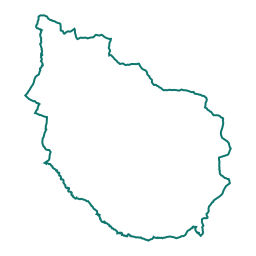 Bone Bolango, Gorontalo, Indonesia (Robinson projection)
{"feature_id": "22746128B41707288718561", "entity_name": "Bone Bolango", "entity_type": "district", "adm_level": 2, "iso_a3": "IDN", "parent_name": "Indonesia", "parent_adm1": "Gorontalo", "projection": "robinson", "projection_center": [123.251, 0.556], "detail": "fine", "context": "isolated", "style": "outline", "palette": "teal", "viewbox_px": 256, "rotation_deg": 0, "n_neighbors": 0, "source": "geoboundaries", "source_scale": "gbopen_adm2", "svg_char_len": 5699}
<svg xmlns="http://www.w3.org/2000/svg" viewBox="0 0 256 256"><path d="M223.2,118.6L222.7,117.9L221.3,117.6L219.8,116.1L218.1,115.3L213.5,115.2L211.2,112.0L209.9,111.4L209.2,110.6L207.6,109.8L206.9,108.5L205.0,107.5L205.5,105.1L205.6,102.8L206.5,101.2L206.8,99.6L206.3,97.8L205.3,97.2L204.4,96.2L203.4,95.9L202.2,95.8L200.7,94.8L199.2,94.7L198.0,94.2L194.9,93.7L194.5,93.4L193.6,91.9L191.9,92.2L186.5,90.4L182.9,90.1L181.6,89.5L179.3,90.6L174.4,89.9L171.1,90.1L169.7,89.7L167.1,90.3L165.7,90.0L163.8,90.3L162.0,89.1L160.8,87.8L159.4,87.4L158.6,86.5L157.0,85.8L156.0,84.9L155.5,84.8L153.9,85.0L151.9,82.4L152.0,80.4L151.8,79.7L149.7,77.8L149.4,76.3L148.5,75.7L147.3,74.3L147.0,72.3L145.7,70.5L142.7,69.2L141.6,68.2L139.7,65.3L139.1,63.8L138.6,63.6L137.0,64.1L131.2,64.0L129.3,64.9L127.6,64.6L126.0,65.1L124.9,64.8L123.1,63.5L121.5,63.6L120.2,64.0L119.7,63.9L118.8,62.9L117.5,62.1L116.9,61.1L114.5,59.0L113.2,57.3L111.1,55.2L110.3,55.0L109.2,55.4L109.1,53.2L110.0,51.0L110.0,50.3L108.8,48.1L108.8,47.5L109.3,45.8L109.4,43.1L110.6,40.5L110.9,38.9L109.6,39.0L106.3,38.0L103.7,36.4L102.1,34.9L101.3,34.8L99.3,35.6L96.0,34.8L95.2,35.3L93.4,37.3L90.6,37.5L87.6,38.4L85.6,37.6L82.5,37.9L80.6,37.6L77.6,39.1L77.1,38.7L75.9,36.7L75.7,34.8L75.1,33.6L74.8,29.5L74.4,28.8L71.3,31.1L70.0,31.7L68.2,31.3L66.3,32.1L64.8,33.5L64.2,33.7L63.8,33.4L62.8,31.2L62.2,30.8L60.7,30.5L60.7,26.7L60.4,24.1L59.8,23.4L57.6,22.9L55.5,21.9L54.8,21.3L52.2,20.8L51.6,20.1L50.2,19.9L48.3,18.7L47.0,16.5L45.8,16.2L44.5,15.4L40.3,15.4L38.6,16.6L38.5,19.8L37.7,21.5L37.4,23.8L36.5,25.0L36.0,26.7L37.0,28.2L38.3,28.5L39.6,29.2L40.5,29.3L41.8,30.1L40.9,30.9L41.2,31.6L40.9,32.2L40.8,33.1L40.1,34.4L40.6,37.3L41.2,38.0L41.0,40.5L41.3,41.7L41.2,42.6L40.1,44.1L40.5,44.7L41.3,47.6L41.8,48.3L41.5,49.6L42.1,50.5L41.9,52.4L41.2,53.3L41.5,53.9L42.2,54.3L42.2,55.0L41.0,55.1L41.0,55.4L41.3,56.0L40.9,57.3L41.4,57.7L41.9,59.7L41.1,60.6L40.9,61.1L41.7,62.0L42.4,63.3L42.8,65.3L41.9,65.5L41.9,66.2L41.6,66.5L41.3,67.6L39.9,68.5L40.3,70.5L39.8,71.1L38.9,74.3L38.3,74.9L36.5,75.9L35.4,77.2L34.5,79.3L33.7,82.7L32.9,84.5L30.8,87.6L29.5,90.0L28.3,91.5L27.7,92.8L25.3,95.5L29.0,99.0L33.6,101.3L34.9,101.1L36.7,103.1L38.1,103.1L40.2,104.5L39.1,104.3L38.5,105.0L38.3,106.3L37.6,107.9L37.6,109.2L36.4,110.4L35.1,113.1L36.5,113.4L39.7,115.0L40.6,115.0L44.4,116.6L47.0,117.1L46.6,123.4L45.9,125.6L45.6,128.6L45.8,128.6L45.8,129.1L46.3,129.4L46.2,129.7L44.6,132.9L43.7,136.7L42.6,138.9L42.3,142.9L43.4,146.2L44.0,146.9L44.4,146.9L45.6,149.2L46.7,149.8L49.2,150.0L50.6,152.0L50.0,153.8L49.5,156.4L49.5,158.3L49.0,159.8L48.4,160.5L45.3,162.4L45.4,163.0L45.1,163.1L45.6,163.3L45.7,163.0L46.0,163.0L46.0,163.4L45.8,163.3L46.0,163.5L46.1,163.2L47.0,163.1L48.5,163.7L48.9,164.1L50.0,164.0L50.5,164.3L51.1,165.5L52.3,166.2L52.8,167.5L52.7,167.6L53.2,168.2L55.7,169.6L56.1,170.6L57.0,170.4L57.4,171.3L57.3,172.0L58.2,172.9L59.2,172.9L59.1,175.2L59.5,175.7L60.4,175.9L61.0,177.2L61.1,177.9L60.7,178.8L61.2,179.5L62.7,179.4L63.3,179.9L63.6,180.9L63.4,182.8L64.1,183.4L64.7,184.7L65.4,185.3L65.3,186.2L65.7,187.3L66.8,188.1L67.5,187.7L67.8,188.1L68.8,188.0L69.0,188.1L69.1,188.8L68.3,190.1L68.3,191.3L68.6,191.6L69.7,191.6L71.4,192.2L71.8,193.0L71.4,193.3L71.4,194.7L71.9,195.4L72.8,195.5L73.0,196.7L74.1,197.4L75.3,198.6L76.2,198.4L76.5,198.0L76.6,198.4L78.4,198.6L79.2,199.1L80.6,199.1L81.3,198.8L85.3,200.1L86.8,201.2L88.2,201.2L91.3,205.4L91.5,206.1L92.2,206.2L92.6,206.7L93.5,208.5L94.1,209.1L94.7,209.2L95.1,209.8L97.0,211.0L97.2,212.8L97.1,213.6L96.7,214.1L97.6,214.3L97.9,214.8L98.5,214.3L99.2,214.7L98.9,214.9L99.2,215.0L99.5,215.7L99.2,216.1L99.4,216.7L100.3,218.4L100.5,219.2L100.3,219.3L101.1,220.3L101.6,221.6L103.5,222.3L103.8,221.7L104.4,221.5L104.9,221.9L104.9,222.9L106.9,223.3L108.4,224.6L109.0,224.7L109.5,225.4L109.4,226.1L109.7,226.4L110.3,226.2L110.9,226.5L111.7,227.6L111.8,228.3L113.1,228.5L113.7,229.4L115.0,229.6L116.8,231.2L117.3,232.1L117.3,233.4L119.4,232.7L120.0,232.9L120.1,233.2L121.0,232.6L121.6,232.9L122.1,233.5L122.2,234.1L121.7,234.8L121.8,235.0L122.7,235.0L123.8,235.7L124.6,235.8L124.8,235.5L125.3,235.9L127.0,236.4L127.4,236.2L127.5,235.2L127.8,234.6L128.6,234.2L130.2,235.4L130.5,236.2L131.4,236.1L132.2,236.5L133.4,236.5L135.9,237.4L137.7,237.3L139.8,237.7L140.8,237.4L142.0,238.4L142.7,238.6L143.7,238.6L145.3,239.6L147.6,240.1L148.2,240.6L150.7,239.3L152.0,239.1L153.2,237.9L153.6,236.9L154.6,237.6L157.1,238.0L157.3,237.6L157.6,237.5L158.5,238.0L159.4,237.7L160.1,238.0L161.5,237.7L162.6,238.3L163.3,237.8L165.5,237.5L166.4,237.1L169.9,236.5L174.1,237.3L176.3,238.2L180.3,237.0L181.3,236.2L183.6,236.1L185.4,234.9L187.5,231.0L190.2,229.4L191.1,228.4L192.4,228.1L192.6,227.0L193.3,226.5L194.0,226.7L194.8,227.4L195.9,226.8L196.2,226.9L195.4,228.2L195.4,230.2L196.7,232.1L197.2,232.2L197.5,233.1L198.0,233.2L198.4,232.7L198.8,232.8L198.4,233.5L198.9,233.8L200.7,235.8L202.8,233.6L203.1,232.0L202.7,230.8L202.7,229.1L202.2,227.1L203.4,225.6L201.9,222.3L202.0,219.2L203.8,218.2L205.3,218.1L206.2,218.3L207.4,217.9L207.6,217.1L206.8,215.8L206.5,213.9L207.9,212.6L208.6,211.4L208.7,210.8L208.5,208.7L209.0,206.4L209.9,205.6L212.3,202.2L213.3,201.8L213.3,201.2L214.3,200.0L219.2,196.7L221.8,194.5L222.5,193.5L223.7,190.1L225.7,186.6L226.5,185.7L229.8,183.3L229.3,180.6L228.7,179.0L227.6,179.0L225.6,178.0L224.8,178.0L222.2,175.7L221.2,175.4L220.2,174.2L219.7,172.6L219.8,170.4L219.3,169.9L219.3,169.0L219.6,168.1L219.3,167.0L219.3,162.7L219.5,161.9L219.0,159.8L219.0,157.6L227.9,154.7L228.3,154.3L230.7,148.4L230.2,148.0L229.7,146.9L228.7,142.9L228.2,142.6L227.5,141.5L222.1,137.8L221.0,134.8L220.8,133.0L221.3,130.6L222.3,127.9L223.2,123.8L223.2,122.1L222.8,120.3L223.2,118.6Z" fill="none" stroke="#0f766e" stroke-width="2"/></svg>